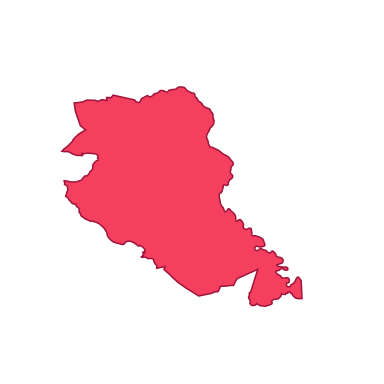 outline of Santiago Camotlán, Oaxaca, Mexico, rotated 114°
{"feature_id": "50627088B23494888304599", "entity_name": "Santiago Camotlán", "entity_type": "district", "adm_level": 2, "iso_a3": "MEX", "parent_name": "Mexico", "parent_adm1": "Oaxaca", "projection": "equal_earth", "projection_center": [-96.155, 17.545], "detail": "fine", "context": "isolated", "style": "filled", "palette": "rose", "viewbox_px": 384, "rotation_deg": 114, "n_neighbors": 0, "source": "geoboundaries", "source_scale": "gbopen_adm2", "svg_char_len": 6037}
<svg xmlns="http://www.w3.org/2000/svg" viewBox="0 0 384 384"><g transform="rotate(114 192 192)"><path d="M237.0,311.5L237.0,308.9L239.4,307.0L240.4,306.4L247.3,305.7L247.6,303.9L248.3,302.2L249.2,301.3L249.6,300.4L250.0,298.6L250.6,298.0L251.1,296.8L251.2,295.4L250.4,292.9L251.1,292.6L251.9,292.1L252.3,291.0L253.0,288.2L254.7,287.7L255.9,286.9L256.9,286.5L256.9,285.7L257.1,285.0L258.4,284.2L258.5,283.6L259.2,283.1L259.2,281.2L259.8,279.9L260.0,278.7L260.0,274.6L260.1,273.0L259.5,272.3L259.3,271.5L258.6,267.3L258.8,263.8L259.1,262.4L260.8,257.6L261.6,256.3L263.0,254.2L264.4,252.8L265.7,252.0L267.0,250.6L267.9,249.1L268.9,246.7L269.7,243.2L269.3,241.9L269.4,241.1L268.2,233.8L267.7,233.2L264.0,231.7L263.2,230.8L262.7,229.9L262.4,228.8L262.0,228.1L261.9,224.3L262.3,223.8L262.4,221.5L263.1,219.8L263.2,219.2L262.9,218.3L262.4,217.7L261.9,217.6L262.0,216.5L262.4,214.7L263.3,212.1L265.1,211.3L266.0,210.5L266.7,210.6L266.7,212.1L267.2,212.5L267.9,211.3L268.2,211.0L268.7,211.3L269.5,211.2L270.0,210.6L271.6,211.9L272.2,211.6L271.6,210.2L270.5,208.5L270.5,207.2L270.7,206.0L270.6,204.5L270.1,204.0L269.4,202.3L269.0,200.7L269.1,199.9L270.6,198.9L271.4,197.9L272.3,197.1L273.6,194.2L276.1,193.3L271.1,186.3L274.1,186.2L277.0,177.3L277.6,176.3L279.5,170.3L280.3,168.1L282.4,157.4L282.6,154.9L284.3,143.6L276.6,132.8L274.7,131.3L273.7,130.1L273.2,129.3L272.8,128.1L272.4,127.8L271.0,127.5L266.8,127.5L266.4,127.3L265.6,125.8L265.3,124.8L261.3,118.0L261.2,117.5L260.4,116.1L260.0,116.0L255.6,115.9L252.4,115.2L236.0,100.5L259.8,97.7L260.3,98.4L260.9,98.6L261.9,98.0L262.9,97.9L263.4,97.3L265.2,97.6L266.4,96.4L267.2,95.0L268.9,94.0L270.2,93.8L270.7,93.2L271.2,91.7L271.3,91.0L270.9,90.0L270.2,89.3L269.9,88.5L269.2,87.8L267.7,87.6L267.7,86.8L268.0,86.1L267.9,85.5L268.1,83.8L267.8,82.2L267.1,80.5L266.9,79.2L266.4,78.2L265.0,77.0L264.3,75.6L262.7,74.6L262.3,73.9L262.0,73.6L260.9,73.6L260.4,73.8L259.4,74.9L258.7,74.8L256.5,73.3L256.1,72.7L255.4,71.1L254.6,69.8L251.0,68.4L248.8,68.8L248.5,68.4L248.5,67.5L247.6,64.9L247.2,64.8L246.3,64.9L245.8,63.8L245.3,63.3L244.4,63.7L243.4,62.1L244.2,60.8L244.5,59.3L245.0,58.2L245.5,57.8L246.1,56.4L246.6,55.1L246.7,54.2L246.2,51.5L245.7,50.4L245.2,49.7L244.7,48.1L228.6,56.2L227.4,58.2L226.8,59.5L226.5,60.3L226.8,60.9L227.4,61.2L228.7,61.5L231.9,61.5L233.9,62.1L235.2,62.7L236.9,64.0L238.3,63.9L239.3,65.0L239.6,65.8L239.6,66.6L239.4,67.2L237.4,68.4L236.8,68.4L235.3,66.7L234.8,66.7L232.9,67.2L232.0,68.2L231.5,69.0L231.4,69.6L231.6,70.2L233.7,73.8L233.3,76.1L232.5,77.1L232.4,80.1L232.2,80.8L231.6,82.3L230.9,83.1L230.3,83.2L229.3,82.2L228.5,80.8L226.5,79.9L225.5,78.9L225.2,78.2L225.2,77.4L225.4,76.8L225.5,75.2L225.3,74.3L224.4,73.0L224.0,72.9L223.6,73.0L222.6,73.6L222.2,74.7L222.2,75.3L223.4,77.9L224.1,80.0L224.4,81.5L224.8,82.3L224.9,83.8L224.1,85.0L220.8,81.3L219.8,80.6L218.3,80.6L216.9,81.2L215.9,82.8L215.8,84.0L216.4,87.0L216.3,88.2L216.1,89.1L214.9,90.1L214.0,91.3L213.1,93.7L213.2,94.5L213.7,95.0L215.6,95.7L216.1,96.2L216.3,98.1L215.3,100.9L215.7,102.7L215.6,104.8L215.8,106.5L216.2,107.0L217.2,107.3L219.1,108.6L219.3,109.6L219.3,110.6L218.9,111.1L218.2,111.6L217.3,111.8L216.0,111.7L215.1,111.1L215.0,109.2L214.3,106.9L213.3,105.4L211.8,103.9L211.1,103.7L209.5,104.7L208.2,106.2L206.9,107.2L206.5,107.8L206.0,109.0L205.7,112.0L206.1,116.1L207.3,118.8L207.1,119.7L204.0,121.3L201.4,123.1L201.4,124.2L202.1,125.4L204.2,127.0L204.4,127.8L204.3,128.6L204.0,129.9L202.9,131.4L201.5,131.3L200.7,131.8L198.7,133.8L197.6,136.3L197.8,137.1L198.2,137.8L200.7,139.2L200.7,139.8L200.2,140.3L196.7,142.2L195.1,143.8L194.0,146.4L193.6,148.5L192.8,149.7L192.3,151.1L192.2,151.5L192.5,151.9L193.3,152.3L194.6,152.3L196.3,153.2L196.6,153.7L196.4,154.5L193.7,157.1L192.8,159.3L190.5,161.7L188.1,163.1L185.7,165.0L183.2,166.2L182.5,166.3L181.9,166.0L180.5,164.9L179.4,164.9L178.3,164.9L176.8,165.3L175.1,165.4L173.3,166.1L172.8,166.1L172.3,165.5L172.0,163.2L171.5,162.4L171.1,162.1L170.4,161.9L169.1,162.6L167.0,162.6L165.5,162.4L163.3,161.2L162.2,160.9L160.9,161.2L160.4,161.7L160.0,162.3L159.5,163.9L158.9,164.6L158.1,165.2L156.1,165.5L153.5,166.3L150.1,165.6L149.1,165.9L148.1,166.9L146.4,170.6L145.8,171.3L145.1,173.1L144.7,175.6L144.7,178.6L144.4,180.2L143.4,183.4L143.1,184.9L142.9,191.3L143.4,193.9L142.4,195.0L141.8,196.2L139.7,197.5L138.0,199.0L137.9,199.5L136.5,200.5L135.9,201.1L135.2,201.5L132.3,201.7L128.7,201.2L126.9,201.5L123.8,200.6L123.5,200.3L121.1,199.9L117.8,200.9L117.1,201.4L116.4,202.3L115.7,202.6L114.4,203.8L113.8,204.1L113.0,204.1L112.4,204.6L111.6,205.5L111.1,206.8L109.1,209.4L109.0,210.3L109.2,215.3L108.0,218.1L107.5,218.4L106.6,220.6L106.1,223.9L105.4,224.5L105.0,224.5L104.9,225.4L104.6,226.1L104.1,226.1L104.0,227.4L103.4,228.1L101.6,229.2L101.4,229.8L101.1,230.2L101.1,231.2L101.6,232.4L101.3,237.3L101.1,238.6L100.4,239.6L99.7,241.2L100.1,243.6L100.7,245.3L101.5,246.6L102.4,247.7L104.2,248.2L105.2,249.5L107.0,252.7L108.7,254.6L110.4,254.9L111.2,255.5L111.0,258.0L111.2,260.1L111.8,261.5L112.5,262.4L113.2,262.8L114.0,262.8L116.0,264.2L117.7,266.5L119.1,266.9L121.3,268.0L122.2,268.8L122.1,272.1L127.1,276.0L131.8,276.4L131.9,276.6L132.3,280.3L131.2,281.7L135.6,303.5L138.6,304.2L140.4,308.5L142.9,306.9L144.3,311.9L147.6,315.0L147.4,317.1L150.7,325.4L154.2,328.6L157.0,333.0L158.5,335.9L165.6,331.4L176.8,321.0L178.6,314.5L185.0,319.0L189.5,320.9L192.6,321.9L194.0,321.8L199.2,323.6L202.9,325.3L204.8,326.5L207.7,327.4L207.2,325.4L205.8,322.3L205.5,321.2L205.5,318.3L205.8,317.6L205.8,314.7L205.1,311.1L204.2,309.3L203.6,307.3L203.3,307.0L202.5,306.9L201.9,308.3L201.4,308.2L201.5,307.2L200.2,305.0L199.4,304.2L198.2,301.2L197.2,297.9L196.3,295.8L196.7,293.5L197.8,292.1L198.7,292.3L199.4,292.2L199.9,291.3L201.2,290.8L202.6,292.2L205.6,293.4L207.2,293.6L208.8,293.3L209.7,292.7L211.1,292.3L213.1,292.4L214.8,293.5L216.5,293.4L218.6,293.9L220.1,294.7L220.8,296.3L224.2,297.6L225.5,297.3L227.2,298.9L228.4,300.5L230.0,301.9L232.2,307.2L232.8,310.6L233.7,313.4L234.6,313.0L235.1,312.0L237.0,311.5Z" fill="#f43f5e" stroke="#9f1239" stroke-width="1.5"/></g></svg>